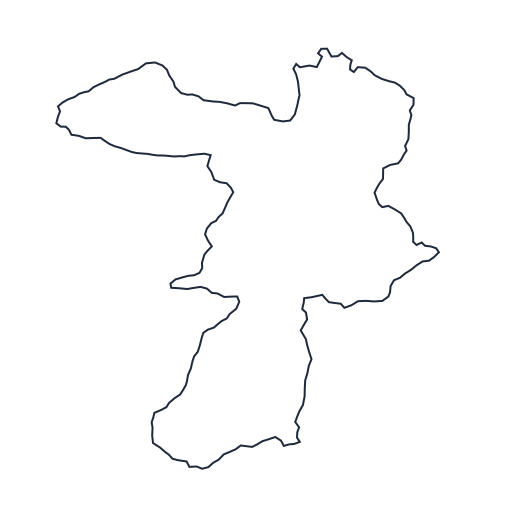 Espera Feliz, Minas Gerais, Brazil (Natural Earth projection), rotated 263°
{"feature_id": "56859067B13761080010034", "entity_name": "Espera Feliz", "entity_type": "district", "adm_level": 2, "iso_a3": "BRA", "parent_name": "Brazil", "parent_adm1": "Minas Gerais", "projection": "natural_earth1", "projection_center": [-41.928, -20.588], "detail": "fine", "context": "isolated", "style": "outline", "palette": "slate", "viewbox_px": 512, "rotation_deg": 263, "n_neighbors": 0, "source": "geoboundaries", "source_scale": "gbopen_adm2", "svg_char_len": 3598}
<svg xmlns="http://www.w3.org/2000/svg" viewBox="0 0 512 512"><g transform="rotate(263 256 256)"><path d="M393.6,101.4L392.9,109.5L392.2,116.2L388.4,120.3L385.0,124.3L382.1,129.2L379.8,134.8L376.8,140.6L374.3,145.6L372.7,150.2L371.6,155.6L370.5,161.1L369.0,165.8L367.7,171.0L367.0,176.6L365.9,181.7L364.8,186.6L364.4,192.2L363.6,197.2L364.1,202.2L364.1,208.7L363.8,217.3L361.6,223.3L356.1,220.8L351.1,218.7L344.8,221.9L336.8,223.8L333.6,229.2L331.8,235.7L326.8,239.4L322.1,241.2L317.3,237.5L312.5,234.0L307.0,230.8L302.3,228.0L299.4,223.8L295.7,220.5L294.1,215.6L289.1,210.5L283.7,208.1L277.5,210.1L270.9,213.3L266.8,208.2L263.7,204.9L259.6,203.2L255.7,201.5L250.6,201.2L246.2,197.9L244.4,192.2L244.6,186.6L243.9,181.4L242.6,173.3L239.0,167.7L234.8,168.0L233.3,176.1L231.6,183.8L231.9,189.6L232.1,197.2L229.6,203.4L224.8,207.6L223.5,213.2L219.2,219.4L218.7,226.8L218.1,232.4L212.6,233.8L206.1,230.0L201.5,222.7L197.6,219.4L195.5,213.7L192.8,209.5L190.1,205.5L188.8,199.3L186.2,194.4L181.5,192.2L174.5,189.5L168.1,186.6L163.8,182.3L159.2,180.1L152.2,177.6L146.2,174.0L140.4,172.3L136.5,170.7L132.2,167.5L127.8,163.9L124.7,157.7L120.8,151.8L116.9,148.7L114.7,142.9L112.7,136.0L108.3,134.4L103.7,132.2L98.1,132.4L90.8,131.1L82.9,131.0L77.5,137.5L72.9,141.6L69.3,145.4L65.0,148.4L63.0,153.2L60.5,162.1L54.8,164.2L54.3,171.5L51.4,176.6L52.3,183.1L55.9,188.1L58.4,194.1L63.0,199.8L65.0,206.8L66.6,212.2L69.8,217.8L68.4,223.3L67.0,228.9L68.8,234.0L71.4,239.7L72.5,245.9L74.0,253.1L69.7,258.3L64.1,260.5L65.0,265.8L64.8,271.0L66.2,276.8L70.7,274.6L76.1,275.5L80.7,277.9L86.5,274.7L92.3,277.7L97.0,280.4L102.3,284.4L110.6,287.1L119.5,288.4L126.6,289.7L133.4,292.7L140.7,295.1L146.8,298.5L154.5,297.0L161.5,295.9L167.4,295.4L171.7,293.5L176.7,291.3L181.3,294.7L186.8,299.0L193.8,298.7L197.7,295.4L203.6,297.6L208.3,298.7L208.3,305.6L208.8,311.4L209.4,317.0L204.9,320.0L201.3,322.7L199.7,328.6L198.3,334.3L193.8,337.4L195.5,344.7L198.7,351.7L198.1,359.5L196.5,367.8L196.0,375.9L199.6,382.4L203.5,384.6L209.7,385.9L215.1,390.0L216.9,396.4L220.3,401.5L223.2,407.8L227.4,414.6L230.3,420.7L230.3,427.2L233.2,432.5L237.4,438.0L241.7,435.8L244.2,430.6L245.5,425.1L249.2,422.1L247.4,416.7L250.9,413.7L255.7,414.4L260.0,414.6L266.7,412.7L271.4,409.6L275.8,407.7L280.6,405.3L285.2,399.6L289.6,393.5L289.1,387.3L292.5,384.3L296.8,383.0L304.4,381.4L308.9,384.3L312.8,387.3L317.0,391.4L322.2,392.2L327.4,392.9L330.0,400.0L330.7,408.4L333.9,411.8L338.9,415.3L342.2,418.3L347.1,417.4L353.4,421.5L360.6,422.8L367.7,423.7L372.6,425.8L377.0,427.4L381.8,426.4L386.8,430.7L393.5,431.7L398.1,425.1L402.6,423.4L407.4,419.6L411.0,415.3L413.3,409.4L416.3,402.7L420.9,395.9L425.4,392.2L429.6,387.3L431.0,380.0L426.7,375.5L429.7,372.1L434.5,373.0L438.6,374.9L442.6,370.0L447.1,366.1L444.4,361.6L444.8,355.2L453.1,351.8L453.7,346.0L449.6,342.3L445.8,345.8L436.1,339.4L438.5,332.4L438.0,322.6L441.7,319.3L437.4,315.9L431.3,318.0L423.8,318.9L410.2,318.8L406.0,317.2L401.5,315.7L397.2,314.0L391.8,311.8L386.3,306.4L386.3,299.0L389.0,290.6L393.4,288.7L401.3,286.3L405.1,277.9L407.9,271.5L408.8,265.5L409.7,258.8L407.9,253.6L411.2,245.6L413.5,238.3L414.5,232.6L417.0,223.0L421.5,218.4L424.1,212.5L424.5,207.3L426.9,201.4L433.8,196.2L439.2,195.3L445.8,191.9L451.8,190.3L456.6,186.2L460.4,179.3L460.6,170.2L455.9,161.8L454.3,154.0L452.4,145.6L449.2,137.0L449.0,131.9L447.2,127.3L445.4,121.2L443.3,115.2L439.9,110.0L439.5,105.0L438.5,100.2L435.9,95.2L434.3,88.3L431.8,82.5L428.6,77.7L423.4,79.1L418.1,76.3L412.1,74.0L408.2,78.0L407.5,82.9L404.0,85.8L398.9,87.5L396.8,94.9L393.6,101.4Z" fill="none" stroke="#1e293b" stroke-width="2"/></g></svg>